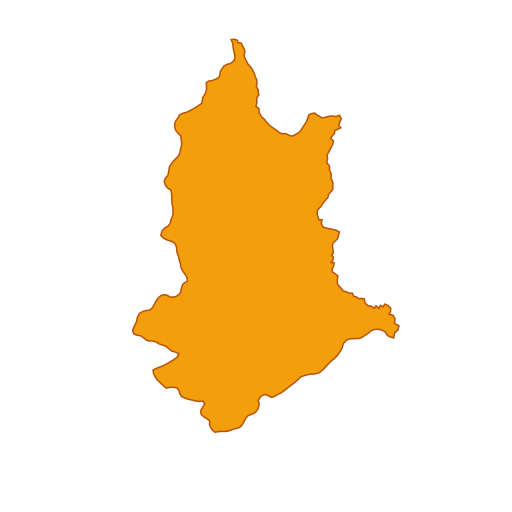 outline of Fruta de Leite, Minas Gerais, Brazil, rotated 220°
{"feature_id": "56859067B77159548363551", "entity_name": "Fruta de Leite", "entity_type": "district", "adm_level": 2, "iso_a3": "BRA", "parent_name": "Brazil", "parent_adm1": "Minas Gerais", "projection": "albers", "projection_center": [-42.516, -16.13], "detail": "fine", "context": "isolated", "style": "filled", "palette": "amber", "viewbox_px": 512, "rotation_deg": 220, "n_neighbors": 0, "source": "geoboundaries", "source_scale": "gbopen_adm2", "svg_char_len": 4618}
<svg xmlns="http://www.w3.org/2000/svg" viewBox="0 0 512 512"><g transform="rotate(220 256 256)"><path d="M261.6,102.4L258.6,99.9L256.0,98.8L252.7,97.7L247.8,97.4L243.2,97.0L239.7,97.2L237.6,100.0L234.9,102.3L232.0,104.0L228.9,103.6L225.8,101.5L222.6,100.4L219.6,101.4L216.7,102.3L212.9,104.3L209.1,106.1L206.0,108.1L203.2,110.8L200.4,109.8L199.7,106.1L199.3,103.3L198.1,100.8L195.6,99.3L192.3,99.3L189.4,99.8L185.5,100.0L183.1,96.8L180.2,95.3L177.0,94.6L174.0,94.7L171.8,97.4L169.4,99.7L167.4,101.3L165.0,103.6L163.3,106.6L161.2,110.0L159.0,112.9L158.0,115.8L158.3,119.4L159.0,122.9L159.6,125.7L159.4,128.6L157.9,131.5L156.4,134.1L155.9,136.7L156.3,140.7L158.3,144.4L161.5,146.8L162.0,151.1L161.0,154.6L158.7,156.5L156.1,156.9L153.3,157.7L151.6,160.1L150.5,163.7L148.8,167.2L147.8,171.2L147.2,174.5L146.5,177.5L145.6,181.7L144.8,185.3L144.4,188.8L144.1,192.1L142.7,194.5L140.7,197.6L138.0,200.8L135.1,203.5L132.4,207.5L131.6,212.2L131.3,217.7L131.1,221.2L130.6,225.3L129.9,229.1L129.7,232.2L130.2,237.3L131.1,241.3L132.8,245.0L132.6,250.0L130.6,253.0L128.4,255.2L125.6,257.6L123.4,259.7L122.3,262.7L121.2,266.1L120.2,269.8L119.9,272.5L118.3,275.7L115.0,278.7L111.5,280.3L108.1,280.9L105.2,279.7L102.2,279.9L97.9,281.7L100.4,286.4L99.7,290.3L101.6,294.4L106.5,293.4L109.3,297.4L113.2,298.7L116.5,296.9L117.3,299.9L119.2,302.6L123.1,302.9L126.5,301.9L125.9,298.9L129.0,298.1L128.1,294.8L132.1,295.1L131.8,292.0L136.2,291.4L138.3,289.8L142.1,290.1L145.5,292.7L148.2,291.1L150.3,289.1L153.1,289.2L155.4,287.8L158.1,289.5L161.0,287.4L164.5,286.4L166.9,285.1L170.7,286.1L175.5,286.8L178.3,289.9L180.6,293.5L184.3,293.2L187.1,293.0L189.3,294.6L189.8,297.7L191.8,301.0L194.4,299.3L194.3,302.0L195.9,304.8L198.4,305.1L198.6,307.8L201.5,310.7L203.9,312.7L205.4,315.7L204.8,318.8L204.8,322.2L206.4,325.5L207.4,328.0L211.7,327.1L215.4,325.1L219.2,323.1L223.3,321.2L227.2,323.2L228.6,326.2L231.0,324.2L233.7,325.8L236.2,327.5L238.4,330.8L238.1,336.0L238.6,339.6L238.7,343.2L238.5,346.9L240.0,349.8L239.9,353.3L240.0,356.4L242.0,358.9L243.8,360.9L245.8,362.6L248.5,363.7L250.9,367.1L254.7,368.9L257.4,372.1L261.9,373.0L263.8,376.7L266.5,379.0L267.1,382.7L268.0,386.3L268.8,390.3L270.6,394.0L274.5,394.0L274.7,397.2L274.7,400.4L276.2,402.3L275.0,405.5L273.5,408.7L276.7,409.2L277.8,412.5L279.1,416.2L282.7,417.4L284.3,414.3L288.2,411.8L290.5,409.2L292.1,406.8L293.9,404.3L297.5,403.7L300.4,403.2L303.0,403.2L304.8,401.1L306.3,398.1L304.8,394.4L303.6,390.8L303.1,386.4L302.6,383.0L302.3,378.9L303.7,374.9L304.8,371.9L306.8,370.1L309.2,369.5L312.0,368.8L314.5,366.5L317.5,365.5L320.5,365.5L323.5,365.2L329.1,364.8L333.5,365.2L337.1,366.1L340.9,366.1L345.6,367.8L348.5,370.8L352.2,370.6L354.0,374.1L357.2,377.6L357.4,381.3L359.5,382.8L361.1,384.8L364.5,385.8L366.3,389.0L369.0,391.6L371.8,392.8L374.2,394.5L376.8,395.7L380.2,397.1L385.0,397.7L389.4,399.4L392.4,400.7L394.4,402.4L395.8,405.5L397.9,406.8L400.8,408.2L404.5,409.6L406.8,407.8L409.1,409.3L412.1,408.0L414.1,405.7L410.5,404.0L407.2,400.7L403.9,398.1L401.5,396.3L399.3,394.0L398.5,390.9L399.2,387.3L401.3,384.3L402.7,381.0L401.9,374.4L399.9,371.2L399.3,368.7L400.6,365.3L402.7,361.7L404.7,359.7L405.5,356.8L403.3,354.5L401.1,352.0L399.5,348.8L399.0,346.0L398.6,343.3L397.4,341.0L395.7,338.1L396.9,333.8L398.0,330.3L399.2,327.1L400.5,323.7L401.7,321.2L404.0,318.0L405.3,314.7L404.6,311.9L404.3,307.6L403.0,304.7L400.9,302.3L398.1,300.6L394.2,299.9L390.9,299.6L388.3,297.3L385.6,294.8L384.0,292.7L382.6,289.6L380.9,286.5L379.7,283.3L380.0,279.2L380.3,275.0L379.7,268.8L377.3,264.8L375.4,261.2L375.4,256.9L374.2,254.1L371.8,252.5L369.2,251.5L366.6,251.3L363.9,251.8L360.9,249.7L358.8,247.4L357.2,245.5L354.2,242.4L350.9,239.7L348.6,237.2L346.5,234.8L345.2,231.8L344.3,228.7L342.7,225.9L342.6,222.4L343.8,219.1L344.1,214.9L342.2,210.6L338.1,210.2L335.2,210.9L332.7,211.8L330.0,212.9L326.9,213.6L323.6,212.4L320.8,209.9L318.8,207.9L316.3,206.7L314.0,204.9L311.7,203.2L308.8,201.5L306.4,199.1L303.7,197.8L300.7,196.9L297.5,196.1L294.3,194.7L292.4,192.1L293.9,188.4L293.1,184.6L291.7,182.1L290.5,179.9L290.2,177.0L291.6,172.9L295.0,169.5L298.8,168.8L301.3,167.6L303.2,165.0L303.9,161.9L303.9,158.7L303.1,155.1L302.5,151.8L302.1,149.0L302.8,146.1L305.3,143.4L307.2,140.3L308.4,137.3L307.3,132.4L305.3,128.9L304.3,124.6L302.7,119.6L299.4,117.8L296.0,119.0L292.8,120.8L289.4,121.1L285.6,121.2L283.2,122.2L281.1,124.2L277.6,125.8L273.3,126.5L270.1,127.8L267.6,128.8L263.6,129.0L259.5,129.0L255.7,130.7L252.2,131.5L251.4,127.9L252.3,123.9L253.5,120.6L254.5,117.5L255.7,114.4L257.1,111.2L258.6,108.7L259.9,106.2L261.6,102.4Z" fill="#f59e0b" stroke="#b45309" stroke-width="1.5"/></g></svg>